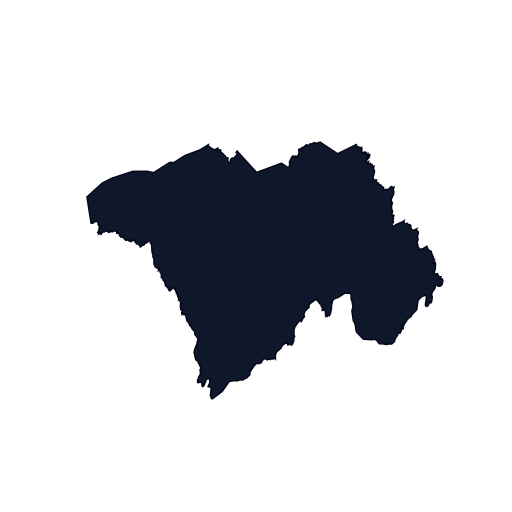 outline of Svalbarðshreppur, Norðurland eystra, Iceland, rotated 119°
{"feature_id": "244011B84342259441214", "entity_name": "Svalbarðshreppur", "entity_type": "district", "adm_level": 2, "iso_a3": "ISL", "parent_name": "Iceland", "parent_adm1": "Norðurland eystra", "projection": "natural_earth1", "projection_center": [-15.752, 66.091], "detail": "fine", "context": "isolated", "style": "filled", "palette": "ink", "viewbox_px": 512, "rotation_deg": 119, "n_neighbors": 0, "source": "geoboundaries", "source_scale": "gbopen_adm2", "svg_char_len": 6107}
<svg xmlns="http://www.w3.org/2000/svg" viewBox="0 0 512 512"><g transform="rotate(119 256 256)"><path d="M286.3,432.5L307.2,416.2L306.7,414.9L303.2,412.9L302.8,410.7L305.2,409.2L305.8,407.3L310.6,405.7L312.0,405.8L311.8,405.0L313.2,404.4L311.7,403.4L312.3,402.1L309.3,401.6L308.4,400.2L307.3,400.0L306.3,398.2L306.8,396.1L304.5,394.8L304.8,394.1L304.2,393.0L301.9,391.9L302.5,391.3L302.0,390.4L302.4,389.5L303.6,388.9L302.9,387.9L303.1,385.9L304.1,385.5L304.9,383.5L304.1,381.4L305.3,377.9L305.2,376.9L303.1,375.5L304.3,374.8L304.1,372.3L300.9,370.5L301.2,369.9L300.9,369.4L302.3,368.8L302.5,368.3L302.0,367.4L303.4,366.5L302.4,364.7L303.2,363.7L303.0,362.9L304.2,361.5L301.4,360.5L300.9,359.4L298.1,359.1L298.1,358.5L296.4,357.5L293.4,357.4L293.6,356.4L295.0,355.6L296.2,353.9L295.8,353.3L302.6,349.1L305.3,346.4L306.7,345.8L308.2,343.7L312.4,341.4L314.3,339.1L314.6,335.5L314.2,334.4L316.2,334.2L315.2,333.0L316.8,331.8L317.4,330.2L320.5,328.5L321.2,326.4L322.4,325.2L322.4,323.9L325.8,320.7L326.7,317.4L328.5,315.0L327.8,314.2L323.0,313.0L324.6,311.2L324.1,310.4L325.7,309.2L326.1,308.1L327.2,307.6L327.2,306.9L330.0,304.0L330.3,302.9L332.1,302.3L331.0,301.5L334.3,298.7L336.2,298.1L339.4,295.8L339.0,294.0L341.6,293.5L343.1,292.2L342.1,291.4L342.3,290.3L341.2,289.4L346.2,284.9L347.3,282.0L348.9,280.3L349.0,278.9L351.2,275.7L351.0,274.4L352.8,272.3L354.3,271.4L356.0,267.4L357.5,266.1L360.2,265.7L360.6,265.1L366.7,264.5L370.2,263.5L376.0,258.3L375.9,256.5L380.7,249.8L383.1,249.7L383.6,248.8L386.6,247.3L389.8,247.4L393.6,246.6L394.9,245.8L394.7,244.8L393.2,243.7L393.3,241.9L396.1,239.9L395.9,239.1L394.3,238.7L387.6,239.6L385.8,236.9L389.5,234.9L393.3,234.7L393.5,234.3L392.7,232.5L393.0,231.3L400.3,228.1L402.1,226.0L402.2,225.0L390.8,219.9L378.7,218.6L375.1,214.1L374.9,212.7L371.3,209.0L371.3,207.9L370.3,207.0L368.4,206.3L367.5,205.2L363.0,203.8L360.6,205.0L353.1,204.5L350.2,203.6L349.3,202.8L348.6,201.1L346.9,199.8L344.1,199.8L341.4,198.7L341.3,195.7L339.4,194.3L339.6,193.2L338.1,192.5L338.0,191.5L337.1,191.4L337.3,190.9L336.3,190.5L336.7,189.1L332.9,191.2L330.0,191.5L324.1,189.4L323.1,189.7L319.9,189.1L317.4,187.3L317.2,186.2L318.3,184.9L316.7,184.4L317.0,183.2L316.3,182.2L316.6,181.8L315.2,181.3L311.3,182.0L310.2,183.1L307.8,183.1L306.4,184.6L302.1,187.0L298.7,187.6L291.7,186.7L291.3,186.3L291.5,184.6L291.2,184.5L287.6,184.8L285.7,184.2L283.7,185.9L280.3,186.4L275.0,184.8L273.1,185.9L271.6,185.7L265.6,182.9L265.1,182.5L265.1,180.8L266.8,177.2L266.8,175.7L268.4,174.5L268.6,173.2L271.1,171.9L270.4,171.6L270.9,171.1L269.8,170.2L270.4,169.8L270.9,168.2L272.1,167.8L272.4,167.0L273.8,166.8L273.9,165.7L274.6,165.6L274.0,165.3L274.3,164.3L272.2,163.7L272.5,163.0L270.6,162.9L265.4,164.5L262.8,165.9L258.0,167.3L256.3,167.1L254.3,165.9L252.6,164.1L246.0,160.6L244.8,159.4L244.7,158.4L242.9,155.7L243.9,154.0L247.4,152.0L249.5,149.6L253.7,146.4L257.4,145.6L265.1,139.8L267.8,136.0L272.6,132.4L273.9,130.8L276.7,121.8L273.1,114.1L271.1,111.4L271.5,108.7L272.9,106.1L272.7,105.0L271.1,102.0L270.3,99.1L268.6,97.3L267.2,94.7L263.9,93.4L260.9,94.1L256.6,93.8L256.6,94.3L254.9,94.3L253.5,93.8L254.0,93.3L253.4,92.5L248.8,93.1L248.2,92.0L247.1,92.7L244.2,93.3L238.3,92.8L235.7,92.2L234.2,91.1L231.5,91.1L225.0,89.4L217.5,92.4L214.9,92.6L210.6,91.0L207.9,88.5L209.4,86.9L214.6,85.0L213.5,84.8L214.1,84.0L215.7,84.3L217.1,83.6L217.6,82.8L216.3,81.5L210.2,81.7L212.1,80.7L212.2,80.3L211.1,80.2L206.5,81.8L204.5,83.9L201.2,84.3L197.8,83.8L195.2,84.6L193.0,83.7L193.0,82.9L194.2,82.1L192.9,80.0L192.2,80.3L192.2,79.9L190.7,79.5L187.0,80.5L185.8,81.8L186.5,83.6L184.5,84.1L185.5,85.5L183.5,88.9L185.0,90.6L184.8,91.4L184.0,92.1L180.6,92.9L175.9,95.1L174.8,96.1L176.2,96.6L176.7,97.5L172.5,98.1L172.4,99.5L171.0,100.3L169.4,102.7L167.2,104.8L166.9,106.3L167.2,108.1L164.7,111.3L169.3,113.9L170.1,115.6L171.3,116.6L169.7,117.7L169.0,119.4L167.3,120.2L166.9,121.3L162.5,122.5L161.0,124.2L156.9,125.2L155.8,126.5L155.7,128.8L154.5,128.7L157.1,130.5L157.4,132.6L156.4,134.2L154.5,135.2L154.0,136.4L154.6,138.3L154.1,139.7L156.1,141.1L155.0,142.3L155.1,143.2L153.4,143.6L154.9,144.3L161.2,149.2L163.5,149.7L163.0,151.2L163.8,151.8L161.3,152.8L160.5,152.2L159.4,152.4L159.9,153.4L157.1,153.6L155.0,155.2L154.0,154.8L153.7,155.5L154.4,156.1L154.2,156.7L153.0,157.7L150.4,158.3L149.9,159.5L147.3,161.4L143.2,162.6L143.0,163.1L143.7,163.6L140.6,165.2L135.0,165.7L132.9,166.7L131.6,168.0L128.9,168.7L130.1,170.2L129.4,171.0L129.7,171.4L134.3,172.8L134.7,173.2L134.4,174.4L136.6,176.0L134.1,177.8L134.5,179.2L133.4,181.2L133.9,182.0L133.5,182.9L134.0,183.2L134.0,184.0L132.7,184.9L133.6,186.0L132.4,187.1L131.1,187.4L132.0,188.7L131.8,190.7L131.2,191.5L124.4,193.3L123.2,195.0L120.3,196.5L121.3,197.0L119.7,199.1L120.4,200.3L119.7,200.8L121.5,201.9L118.9,203.3L120.7,203.9L120.5,205.1L118.1,205.6L116.4,205.2L116.0,206.1L115.4,205.6L115.8,205.3L115.0,204.9L115.0,205.5L113.8,205.3L114.1,205.7L113.1,205.8L113.7,206.1L112.7,206.4L113.1,206.9L112.5,207.1L113.1,207.1L112.6,207.4L114.4,207.6L113.2,207.9L112.8,209.3L111.5,209.4L112.7,209.6L112.0,210.1L112.5,211.7L114.2,211.6L113.7,212.7L114.4,213.7L111.1,215.2L109.8,216.4L110.8,217.1L110.8,218.9L111.4,220.6L109.9,222.3L127.0,234.2L125.3,255.2L128.1,257.7L128.8,258.8L128.3,259.4L129.2,259.9L129.2,260.6L130.8,261.2L131.6,263.0L134.1,263.7L134.9,264.8L134.0,265.3L134.2,265.8L138.8,267.5L138.6,268.2L140.3,268.7L142.0,270.3L143.0,270.0L143.9,268.8L147.0,267.9L149.4,268.6L149.5,270.1L151.0,270.5L150.5,272.1L152.2,272.7L157.6,272.3L159.6,270.9L163.2,270.1L162.5,278.7L182.6,296.0L173.4,323.4L175.0,323.6L175.0,322.7L177.0,321.8L181.1,322.9L181.8,324.2L183.1,325.0L184.8,324.7L184.9,323.9L188.0,324.6L187.0,325.4L186.7,326.8L183.8,328.1L184.4,329.9L183.2,331.8L183.2,333.2L182.3,335.2L182.6,336.4L180.5,338.5L181.3,339.2L181.0,340.1L181.9,340.8L180.2,341.7L182.8,343.3L183.4,344.4L183.3,349.3L182.8,350.0L183.3,350.7L182.9,351.4L181.9,351.7L190.3,356.4L202.5,366.8L213.6,372.9L214.8,374.1L215.4,376.1L217.2,377.5L232.3,385.7L232.9,386.3L234.8,392.6L241.8,404.9L257.7,419.7L266.7,425.8L286.3,432.5Z" fill="#0f172a" stroke="#020617" stroke-width="1.5"/></g></svg>